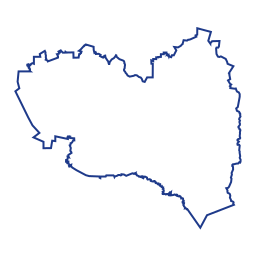 the district of Waipa District, Waikato, New Zealand
{"feature_id": "76426892B28277932455235", "entity_name": "Waipa District", "entity_type": "district", "adm_level": 2, "iso_a3": "NZL", "parent_name": "New Zealand", "parent_adm1": "Waikato", "projection": "natural_earth1", "projection_center": [175.411, -37.984], "detail": "fine", "context": "isolated", "style": "outline", "palette": "blue", "viewbox_px": 256, "rotation_deg": 0, "n_neighbors": 0, "source": "geoboundaries", "source_scale": "gbopen_adm2", "svg_char_len": 5714}
<svg xmlns="http://www.w3.org/2000/svg" viewBox="0 0 256 256"><path d="M116.3,55.4L116.0,55.2L115.1,56.7L113.8,58.2L111.7,59.4L109.7,62.1L109.3,64.0L108.9,64.0L108.4,62.6L108.4,61.6L107.5,60.6L105.5,57.5L105.2,55.6L104.3,55.8L103.5,57.4L102.9,57.0L102.5,57.4L100.0,56.1L100.6,54.9L98.7,53.8L95.8,54.0L95.6,53.3L96.0,53.0L95.6,52.1L94.4,52.8L93.7,49.9L93.6,46.8L86.2,44.6L86.1,44.9L85.4,44.7L84.3,45.9L84.1,45.7L80.5,49.7L79.0,50.8L81.5,51.6L81.1,52.8L80.7,52.6L80.0,54.1L79.2,54.1L78.6,57.6L73.5,57.7L73.4,52.4L65.9,52.5L65.9,52.1L65.5,51.8L65.4,52.3L65.7,52.6L62.9,52.7L61.4,51.2L61.2,51.3L60.7,50.4L58.6,51.5L59.6,52.7L58.8,53.1L58.7,53.8L57.0,54.2L57.5,55.0L57.7,56.0L58.0,56.2L58.0,57.6L47.8,61.4L47.5,60.5L45.7,59.7L46.2,58.6L45.8,57.5L45.9,55.4L45.4,53.8L45.5,52.4L44.8,50.9L39.8,54.0L40.3,56.8L33.9,56.8L33.9,63.8L32.3,63.2L31.0,64.0L30.9,64.5L30.1,65.3L28.5,64.2L27.3,64.6L27.3,64.9L28.0,64.8L27.8,65.1L28.2,65.2L29.1,66.3L29.1,66.7L28.9,66.7L29.1,67.2L28.7,67.2L29.1,67.6L28.9,68.1L29.9,68.9L30.0,69.7L29.7,70.0L30.0,70.6L29.8,71.1L30.2,71.4L18.6,71.4L17.6,81.7L19.3,88.3L15.4,91.3L28.2,117.4L32.5,125.4L39.4,132.9L33.5,137.4L43.5,141.8L43.5,148.2L51.0,148.1L52.2,140.7L55.3,141.1L55.3,136.3L67.9,139.0L67.9,138.2L67.4,137.7L67.6,136.9L68.0,136.4L68.4,136.6L69.4,136.3L69.7,136.4L69.3,136.7L69.4,137.5L70.0,138.0L74.2,138.3L74.3,140.4L73.2,140.4L72.1,142.4L71.4,143.0L70.6,143.2L70.5,144.8L69.7,145.3L70.8,148.0L70.3,150.8L71.3,152.1L71.5,152.9L68.3,155.0L68.2,155.8L68.9,157.3L67.6,156.9L67.8,157.9L67.6,159.0L67.2,159.5L66.1,159.9L66.0,161.8L66.3,161.9L67.2,160.9L68.0,161.3L68.1,161.9L67.6,162.4L67.4,163.3L67.7,163.4L68.4,162.7L68.4,163.6L69.5,164.6L69.5,165.0L68.9,165.8L69.3,166.6L69.8,166.5L70.1,165.3L71.2,164.8L71.0,166.1L72.2,167.5L76.5,170.2L85.9,175.2L89.2,176.1L99.9,176.5L99.7,177.8L100.3,178.1L100.4,176.5L105.7,176.5L106.3,175.4L113.5,175.4L114.2,176.1L114.5,177.0L114.8,176.5L117.5,175.6L118.2,175.0L119.8,175.0L120.6,175.4L121.3,175.2L122.1,174.5L122.0,174.3L123.9,174.5L126.2,175.8L132.4,173.3L133.6,173.8L134.1,173.4L134.9,173.9L135.2,173.2L135.6,173.0L135.4,173.7L136.4,174.1L136.9,175.4L138.7,176.1L139.1,176.7L140.1,176.5L140.5,177.0L141.2,177.1L141.7,176.3L142.2,176.2L143.4,176.8L143.6,177.4L142.8,177.9L143.3,178.2L143.7,177.5L143.9,176.6L145.3,176.7L147.0,177.6L147.1,178.7L147.6,179.5L149.7,179.2L150.9,179.8L151.0,180.4L150.6,180.5L150.7,180.9L151.5,181.0L152.1,181.4L153.3,181.5L154.0,181.0L154.6,181.0L154.9,181.7L156.0,181.9L155.4,182.1L156.1,182.5L155.9,183.1L157.7,183.6L158.2,183.5L158.1,184.3L159.0,184.5L159.5,185.2L159.9,184.7L159.7,184.2L160.2,184.2L160.4,185.7L161.1,186.5L161.4,186.8L161.9,186.4L162.1,187.2L163.1,187.4L163.0,187.8L163.4,188.4L162.9,189.0L163.4,189.3L163.8,190.9L163.5,191.7L162.8,191.8L163.4,193.3L162.6,193.5L162.7,194.0L163.9,194.1L164.7,193.8L165.9,194.5L166.6,194.0L168.6,194.0L169.1,194.2L168.5,194.8L168.7,195.2L169.9,195.4L170.5,194.8L169.3,193.0L170.0,192.2L170.5,192.3L170.6,192.8L170.9,192.5L170.7,193.8L171.1,194.3L171.3,195.3L173.3,195.0L174.4,194.5L175.9,195.2L176.3,194.6L177.2,194.8L177.7,195.6L177.5,196.0L179.2,196.5L179.7,196.0L180.5,196.5L180.9,197.2L181.2,198.5L182.4,198.2L183.0,198.5L183.2,200.1L183.5,200.8L183.8,201.0L183.5,201.6L182.7,201.6L182.5,202.0L182.7,202.7L183.4,202.5L184.1,203.0L184.0,203.7L183.3,204.9L183.7,205.3L184.0,206.3L185.2,207.7L185.0,208.3L185.7,208.1L186.7,209.3L187.3,209.1L200.3,227.7L207.0,215.2L233.9,204.8L233.2,203.8L233.6,202.6L233.4,202.0L232.5,201.4L231.1,201.0L230.9,199.7L229.9,197.7L230.3,195.8L229.9,194.2L229.4,193.6L227.7,192.8L227.4,191.7L227.5,190.4L226.3,188.2L228.2,187.8L229.0,186.8L231.1,182.0L231.5,178.6L230.9,177.7L231.9,174.6L231.6,173.0L233.1,169.5L233.0,167.0L232.7,166.1L232.3,166.0L232.3,164.9L233.1,164.2L233.8,164.3L236.4,163.6L238.2,163.5L239.3,162.2L240.1,162.6L240.5,161.8L240.6,159.7L239.7,157.8L240.2,156.2L239.6,152.7L239.7,151.6L239.2,150.3L239.7,145.6L239.2,144.8L237.6,144.8L237.4,144.0L237.5,143.3L238.9,141.6L237.5,140.5L237.5,139.7L238.2,139.1L239.9,138.6L240.2,138.0L239.7,136.2L240.0,133.4L239.9,132.3L240.4,130.1L240.2,129.8L239.5,129.4L239.6,128.6L238.5,127.6L238.4,126.8L239.9,124.9L239.9,123.5L239.5,122.7L239.4,121.8L240.0,120.7L239.1,119.1L239.6,117.9L240.4,116.7L240.5,116.3L240.1,115.4L240.3,114.0L240.0,113.3L239.6,113.3L239.3,112.1L239.1,111.8L236.9,110.8L236.2,108.4L237.8,107.0L239.7,96.8L239.7,94.1L238.8,92.4L237.1,91.6L236.5,90.6L235.8,88.5L234.5,88.7L230.3,88.1L230.5,86.6L229.9,86.1L231.2,84.5L230.1,83.9L228.0,80.4L230.2,79.1L229.3,74.5L229.5,74.0L228.9,73.2L233.4,66.2L227.6,63.8L227.1,61.8L225.7,58.9L220.9,56.4L219.4,57.0L217.9,56.6L216.5,54.0L216.1,48.5L216.5,47.6L218.2,47.6L218.9,46.5L219.5,41.0L212.1,41.2L211.5,42.0L211.0,42.3L210.6,43.1L210.3,43.1L210.3,43.6L208.3,40.8L210.9,31.9L197.3,28.3L197.2,34.7L195.6,35.4L196.3,36.7L190.5,39.3L188.8,39.8L188.2,39.7L187.0,40.6L183.6,40.2L182.6,44.0L182.4,44.0L180.7,45.9L178.0,47.4L174.3,47.0L176.3,50.4L173.8,55.3L172.0,55.2L171.2,57.2L170.5,57.0L169.4,56.1L169.2,56.3L169.0,56.1L168.9,56.4L168.8,56.1L168.4,56.1L168.2,55.9L168.5,55.5L167.9,55.1L168.2,55.0L168.2,54.8L167.7,54.9L168.1,54.5L167.4,54.4L167.0,53.6L166.0,53.5L166.3,53.2L165.9,53.0L166.1,52.5L163.7,52.5L163.7,54.2L160.9,54.2L160.9,56.9L158.2,57.0L158.2,57.4L156.2,57.3L156.2,59.1L153.2,59.0L153.2,61.1L151.3,60.3L151.4,63.7L152.8,63.8L152.7,77.4L147.1,77.4L144.7,81.9L142.7,81.3L141.7,78.7L140.7,77.5L139.0,77.0L136.8,75.3L135.0,75.1L133.7,75.8L129.7,76.6L127.6,75.5L126.5,73.7L125.7,73.0L125.1,71.7L124.1,70.6L124.0,69.6L124.7,68.0L124.7,67.0L125.0,65.2L124.9,64.2L124.3,63.2L124.4,62.5L124.0,61.2L123.0,60.5L119.5,59.2L118.7,58.6L116.3,56.5L116.1,55.9L116.3,55.4Z" fill="none" stroke="#1e3a8a" stroke-width="2"/></svg>